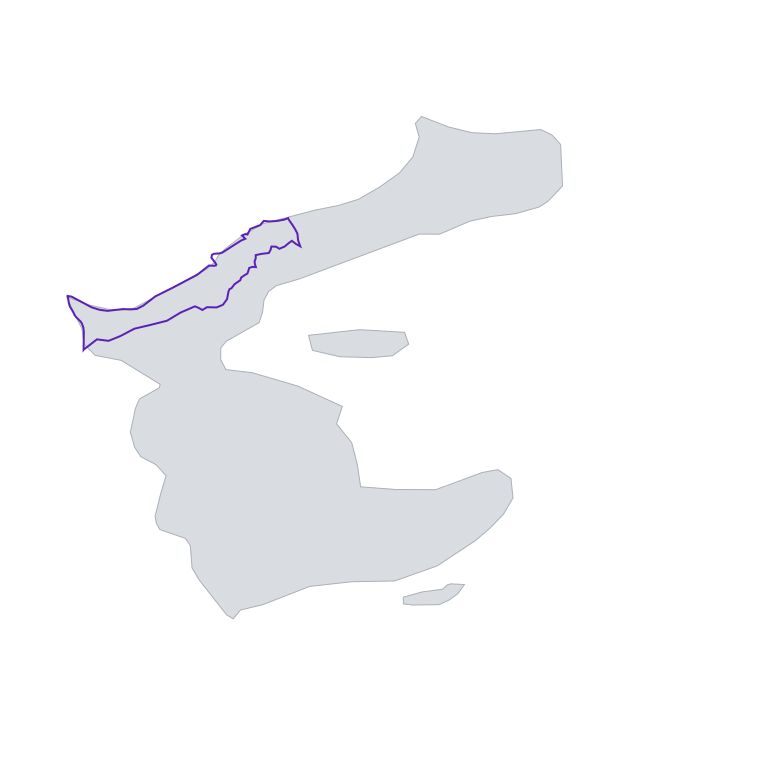 Sud-Est highlighted on a map of Haiti, rotated 153°
{"feature_id": "HTI-1389", "entity_name": "Sud-Est", "entity_type": "Department", "adm_level": 1, "iso_a3": "HTI", "parent_name": "Haiti", "parent_adm1": "", "projection": "robinson", "projection_center": [-72.47, 18.22], "detail": "fine", "context": "in_parent", "style": "outline", "palette": "violet", "viewbox_px": 768, "rotation_deg": 153, "n_neighbors": 0, "source": "natural_earth", "source_scale": "10m", "svg_char_len": 2762}
<svg xmlns="http://www.w3.org/2000/svg" viewBox="0 0 768 768"><g transform="rotate(153 384 384)"><path d="M624.9,243.2L629.0,249.6L637.6,293.2L638.5,307.2L629.9,328.2L631.1,336.6L649.8,356.0L650.1,363.0L648.0,370.1L632.0,388.5L619.8,401.2L623.7,415.6L633.6,429.4L634.9,440.9L631.9,456.1L616.7,475.0L608.7,481.7L586.1,482.6L583.6,485.2L594.8,503.7L607.6,524.5L628.4,540.7L633.1,555.9L628.1,570.4L627.3,606.0L611.4,588.7L593.8,574.2L583.3,568.6L572.4,565.1L489.0,566.9L479.7,569.4L472.4,574.1L464.6,576.4L441.7,580.7L418.8,581.7L365.6,570.0L344.5,564.0L323.2,560.2L298.9,561.4L274.6,565.0L255.1,573.3L240.5,588.1L237.8,601.9L229.2,605.4L209.6,583.5L191.6,568.0L171.0,556.3L128.9,539.6L121.2,529.5L117.9,517.2L135.0,479.5L154.4,472.5L165.0,471.2L189.0,475.9L212.3,484.5L233.6,490.1L266.6,492.3L284.5,501.6L411.2,516.0L435.3,520.5L444.7,518.9L452.8,513.3L459.6,503.1L467.5,495.4L505.1,493.7L513.0,490.3L518.5,479.7L518.3,468.6L496.2,453.8L461.7,421.2L431.3,382.9L444.4,370.0L439.4,346.4L444.3,324.5L451.5,303.0L421.5,284.7L386.0,266.4L336.7,260.6L321.5,256.0L313.7,242.3L320.8,223.9L336.8,213.7L355.1,207.4L373.8,203.0L419.1,197.8L464.0,203.7L502.8,222.6L542.2,237.4L592.0,242.4L614.5,247.8L624.9,243.2ZM432.5,446.4L429.1,461.6L381.1,443.5L342.2,420.7L343.9,408.3L363.7,405.4L382.8,413.0L410.9,428.3L432.5,446.4ZM458.9,174.1L466.5,179.2L463.6,185.3L444.7,181.5L425.1,174.6L418.7,176.3L414.8,175.4L403.4,168.8L413.4,163.7L423.8,162.0L435.1,162.4L458.9,174.1Z" fill="#d9dde1" stroke="#a8b0b8" stroke-width="1"/><path d="M636.1,550.9L636.0,551.1L627.7,566.9L626.2,570.9L625.7,575.2L625.9,577.2L628.0,583.4L628.4,585.8L628.3,589.4L628.7,595.7L628.0,599.4L625.8,606.0L622.7,603.7L609.6,584.9L603.8,579.3L597.2,574.7L582.4,569.2L576.3,565.7L570.2,563.1L562.9,563.1L547.9,565.9L528.3,565.7L500.9,566.1L486.1,569.0L482.4,566.8L480.1,565.9L479.1,566.7L480.4,575.0L478.6,577.2L476.4,577.2L471.2,575.0L468.4,574.5L446.3,576.7L441.7,576.4L442.1,577.4L442.6,579.8L443.0,580.8L440.2,580.6L439.1,580.3L437.8,579.2L432.6,582.9L422.2,581.8L417.1,583.9L412.2,580.8L405.5,577.9L398.4,575.8L394.1,575.3L394.3,574.3L393.8,570.5L393.3,566.7L392.9,562.0L392.9,557.2L395.3,551.1L396.1,544.7L398.8,548.6L401.1,553.4L405.0,552.8L410.1,551.6L413.0,551.8L415.8,552.0L417.9,555.4L421.9,557.6L424.1,555.1L427.2,553.0L433.6,555.4L439.8,557.1L441.3,554.1L443.6,552.1L444.6,549.4L445.1,546.3L448.1,548.1L451.4,548.6L453.4,546.5L455.6,544.4L459.3,544.2L462.9,543.7L465.0,541.7L467.5,541.4L471.8,540.8L476.4,538.6L478.7,538.6L480.6,537.0L485.3,530.9L491.5,527.7L498.3,528.2L503.2,530.8L506.8,532.8L512.2,532.4L514.5,535.8L517.1,539.0L532.7,540.0L548.7,538.9L565.0,542.6L581.3,546.6L597.1,546.4L609.8,547.5L619.5,554.1L635.9,551.0L636.1,550.9Z" fill="none" stroke="#5b21b6" stroke-width="2"/></g></svg>